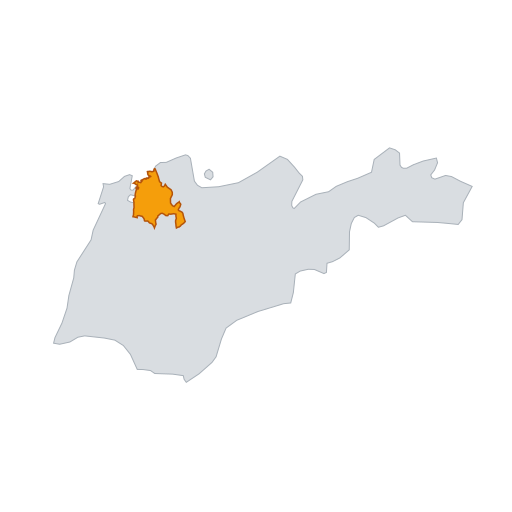 location of Idjevan, Tavush, Armenia, rotated 296°
{"feature_id": "60910142B98300575929889", "entity_name": "Idjevan", "entity_type": "district", "adm_level": 2, "iso_a3": "ARM", "parent_name": "Armenia", "parent_adm1": "Tavush", "projection": "equal_earth", "projection_center": [45.144, 40.867], "detail": "fine", "context": "in_parent", "style": "filled", "palette": "amber", "viewbox_px": 512, "rotation_deg": 296, "n_neighbors": 0, "source": "geoboundaries", "source_scale": "gbopen_adm2", "svg_char_len": 6125}
<svg xmlns="http://www.w3.org/2000/svg" viewBox="0 0 512 512"><g transform="rotate(296 256 256)"><path d="M229.0,307.8L225.3,301.8L206.9,282.0L189.8,266.9L178.1,260.7L166.3,261.3L147.9,264.3L141.1,263.1L125.2,256.5L111.9,248.7L113.7,245.4L116.6,243.1L113.3,232.9L106.0,216.5L106.8,211.4L104.5,204.4L102.0,199.0L112.5,186.3L117.4,176.0L118.5,166.0L115.8,155.7L109.1,137.0L104.9,131.5L97.1,126.4L90.6,118.2L88.9,112.3L94.5,111.1L110.7,111.0L126.3,109.0L138.6,105.1L156.4,101.8L163.7,99.0L172.2,97.6L198.2,100.7L207.9,98.3L237.1,97.8L237.8,96.6L233.9,92.7L233.9,91.2L251.3,88.7L254.0,86.8L256.3,93.1L262.8,100.0L269.9,102.9L273.7,106.7L273.9,109.6L261.3,113.1L260.4,114.9L261.3,116.6L265.0,117.5L282.7,126.3L292.8,126.4L298.1,129.1L300.8,134.3L309.2,141.4L316.0,148.3L316.4,150.7L315.1,154.2L296.3,167.8L293.9,172.4L293.6,177.4L301.9,192.1L314.2,208.1L331.9,220.4L356.2,233.7L356.6,241.9L352.7,251.7L349.5,258.3L348.0,262.8L345.0,264.7L320.8,264.3L317.1,265.9L315.5,267.9L315.4,269.5L324.1,272.4L337.8,282.9L345.6,293.1L353.8,297.6L363.0,305.7L370.4,313.3L381.9,323.1L394.6,319.9L411.7,328.6L412.5,334.6L411.4,339.9L400.8,345.6L399.4,348.0L399.5,350.1L400.9,352.9L407.2,357.6L414.7,364.7L423.1,375.2L419.4,378.3L411.6,378.8L405.5,377.5L403.4,379.6L403.5,383.1L411.5,391.1L413.1,396.9L412.8,407.1L413.3,419.8L394.8,419.0L379.0,425.2L373.0,423.9L369.0,413.1L365.6,404.2L355.4,381.6L358.1,372.4L352.5,367.0L339.0,357.4L335.5,353.4L337.4,348.0L338.7,338.0L337.4,330.0L333.7,327.5L327.0,327.4L318.8,329.4L302.4,337.1L291.0,332.2L284.4,327.2L280.6,323.0L272.1,326.5L270.0,324.8L269.5,314.4L267.0,308.8L261.8,302.3L257.1,299.2L239.5,305.6L229.0,307.8ZM256.3,123.3L256.8,119.7L256.0,116.3L253.2,115.3L249.7,116.1L249.5,119.8L250.5,123.3L254.0,124.9L256.3,123.3ZM312.3,180.4L308.3,182.7L304.5,181.7L304.5,175.9L307.2,173.6L310.4,173.8L313.4,175.8L312.3,180.4Z" fill="#d9dde1" stroke="#a8b0b8" stroke-width="1"/><path d="M236.7,152.4L238.9,152.2L240.9,152.2L241.6,151.5L243.8,150.1L244.2,149.8L245.3,150.1L246.0,150.1L247.7,150.7L248.9,150.2L250.7,151.0L252.4,151.7L253.3,153.0L253.3,155.0L252.8,157.3L253.6,159.0L255.5,159.2L256.2,161.0L258.0,163.6L258.5,165.7L256.8,166.5L254.9,167.9L252.6,168.2L251.3,168.8L249.4,170.1L247.7,171.1L246.3,172.2L247.7,173.2L248.4,174.2L249.3,174.6L249.7,174.9L251.2,175.2L252.2,175.8L253.6,176.6L255.9,177.3L257.2,176.0L258.7,174.5L260.3,173.1L262.2,171.6L262.9,170.6L263.1,168.1L262.9,167.4L263.2,166.2L263.4,165.9L265.1,165.8L266.1,166.0L266.9,166.1L269.5,165.7L270.1,164.9L270.5,163.4L271.0,163.2L268.3,161.7L265.5,161.0L264.6,160.8L264.6,158.9L265.1,157.9L266.1,156.0L270.1,153.9L274.4,153.9L276.6,152.8L278.3,150.6L279.0,146.1L280.7,143.0L278.8,143.0L277.5,142.4L277.3,140.9L277.7,139.8L279.2,139.4L280.1,139.1L280.5,136.8L282.7,134.8L283.9,133.8L284.7,133.1L285.0,132.7L286.2,131.5L287.9,129.6L290.1,127.1L290.1,126.9L290.1,126.6L289.8,126.4L289.5,126.4L289.2,126.5L288.8,126.5L288.6,126.6L288.4,126.6L288.1,126.7L287.8,127.0L287.5,127.0L287.2,126.8L287.0,126.5L286.7,126.2L286.3,125.8L286.1,125.6L286.0,125.3L286.0,125.1L286.0,124.8L286.0,124.6L286.0,124.4L285.8,124.2L285.7,123.9L285.6,123.6L285.5,123.2L285.4,123.1L285.2,122.8L284.9,122.5L284.7,122.0L284.4,121.6L284.3,121.4L284.1,121.4L284.1,121.5L284.0,121.8L283.9,121.9L283.7,122.1L283.3,122.2L283.2,122.3L283.0,122.5L282.9,122.5L282.7,122.5L282.3,122.6L282.1,122.8L282.0,123.1L281.9,123.2L281.7,123.4L281.6,123.5L281.5,123.8L281.4,123.9L281.4,124.2L281.4,124.4L281.4,124.5L281.4,124.9L281.3,125.0L281.2,125.2L281.2,125.3L281.3,125.5L281.5,125.8L281.5,126.0L281.4,126.2L281.4,126.4L281.4,126.5L281.2,126.5L281.0,126.3L280.9,126.1L280.7,126.1L280.5,125.9L280.5,125.6L280.4,125.4L280.4,125.1L280.2,125.1L279.9,125.1L279.7,125.3L279.3,125.4L279.2,125.4L279.0,125.2L278.8,125.2L278.7,125.2L278.4,124.9L278.5,124.6L278.4,124.5L278.3,124.4L278.3,124.2L278.3,123.9L278.3,123.7L278.1,123.5L277.9,123.3L277.7,123.5L277.4,123.6L277.2,123.6L276.9,123.5L276.8,123.3L276.8,123.1L276.8,122.9L276.9,122.7L276.8,122.3L276.7,122.1L276.7,121.9L276.6,121.7L276.4,121.6L276.1,121.5L276.0,121.4L275.7,121.2L275.4,121.0L275.2,120.8L274.8,120.9L274.6,120.8L274.5,120.6L274.5,120.3L274.4,120.1L274.2,120.1L273.7,120.1L273.5,119.8L273.5,119.6L273.3,119.6L273.2,119.9L273.2,120.1L273.2,120.3L273.3,120.5L273.1,120.7L272.9,120.6L272.7,120.4L272.4,120.2L272.2,120.2L271.8,120.3L271.6,120.4L271.4,120.3L271.4,120.2L271.3,119.7L271.3,119.4L271.2,119.1L271.1,118.8L271.0,118.5L270.8,118.1L270.5,117.9L270.9,117.8L271.0,117.7L271.3,117.5L271.4,117.4L271.2,117.3L271.1,117.2L271.2,116.7L271.3,116.4L271.3,116.1L271.3,115.9L271.2,115.8L271.1,115.6L270.9,115.5L270.7,115.4L270.5,115.2L270.3,115.2L270.2,115.1L269.9,114.9L269.6,114.8L269.3,114.7L269.0,114.6L268.6,114.4L268.3,114.3L268.0,114.1L267.8,114.0L267.9,114.3L268.0,114.5L268.0,114.8L267.9,115.1L268.0,115.3L268.0,115.5L267.9,115.9L267.8,116.4L267.7,116.6L267.6,116.9L267.6,117.2L267.7,117.3L267.8,117.6L267.8,117.8L267.8,118.0L267.9,118.3L267.6,118.4L267.4,118.6L267.1,118.8L266.9,118.9L266.7,118.8L266.3,118.9L266.1,119.2L265.9,119.4L265.8,119.6L266.0,119.8L266.1,120.1L266.1,120.3L265.9,120.3L265.7,120.4L265.6,120.6L265.4,120.6L265.2,120.7L264.9,120.7L264.7,120.7L264.7,120.4L264.9,120.3L265.1,120.3L265.2,120.2L265.1,119.8L265.0,119.7L264.9,119.6L264.6,119.4L264.8,119.2L265.0,118.9L265.2,118.7L265.3,118.7L265.5,118.6L265.4,118.4L265.1,118.4L264.9,118.3L264.6,118.3L264.4,118.4L264.2,118.5L263.8,118.9L263.7,119.1L263.7,119.3L263.8,119.5L263.7,119.7L263.3,119.7L262.8,119.6L262.3,119.5L261.9,119.6L261.5,119.6L261.0,119.8L260.7,119.9L260.2,119.9L259.2,120.2L257.5,120.7L257.0,121.4L256.3,121.5L255.6,121.7L254.3,121.7L254.0,121.2L253.3,121.0L252.4,121.5L250.9,122.7L249.2,123.5L246.0,125.2L244.3,125.5L243.3,126.0L242.0,126.7L240.3,127.4L239.8,127.7L237.4,128.2L237.8,129.6L238.0,130.8L238.4,132.4L239.5,131.7L239.8,131.7L240.2,131.8L241.2,133.4L241.4,134.9L241.8,136.2L241.1,137.8L240.3,139.2L238.8,140.3L238.7,140.8L239.2,141.9L239.9,143.2L239.9,143.9L239.1,145.6L239.1,146.5L239.3,147.6L239.3,148.5L239.1,148.9L238.8,149.6L237.4,151.7L236.7,152.4Z" fill="#f59e0b" stroke="#b45309" stroke-width="1.5"/></g></svg>